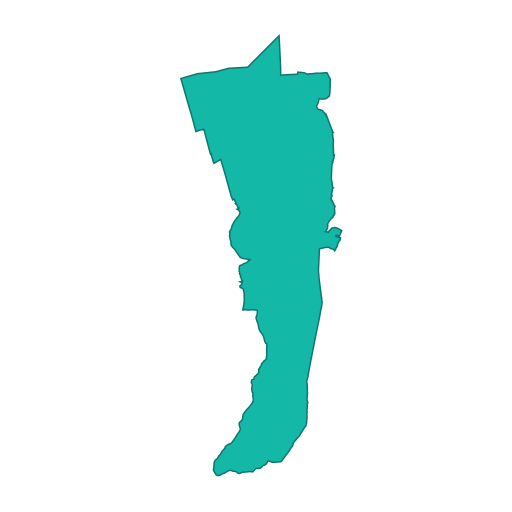 the district of Valea Seaca, Bacau, Romania, rotated 273°
{"feature_id": "2599482B95868275621614", "entity_name": "Valea Seaca", "entity_type": "district", "adm_level": 2, "iso_a3": "ROU", "parent_name": "Romania", "parent_adm1": "Bacau", "projection": "albers", "projection_center": [27.011, 46.251], "detail": "fine", "context": "isolated", "style": "filled", "palette": "teal", "viewbox_px": 512, "rotation_deg": 273, "n_neighbors": 0, "source": "geoboundaries", "source_scale": "gbopen_adm2", "svg_char_len": 6027}
<svg xmlns="http://www.w3.org/2000/svg" viewBox="0 0 512 512"><g transform="rotate(273 256 256)"><path d="M51.7,291.2L51.9,291.6L52.9,292.7L54.8,293.7L57.5,295.7L59.3,296.6L60.0,297.3L63.0,299.3L65.5,300.6L67.0,301.6L67.9,302.0L68.2,302.5L69.4,302.7L71.8,303.4L73.5,304.6L74.8,305.8L75.6,306.2L77.6,308.0L87.3,313.5L88.5,314.5L92.2,315.3L94.5,315.2L96.2,315.4L99.0,315.3L100.7,315.1L103.1,315.2L104.5,314.9L108.5,315.2L110.4,314.8L111.6,315.3L112.4,315.3L115.2,314.5L120.1,314.4L121.5,314.7L123.6,314.3L125.9,314.3L127.2,314.1L128.6,314.1L130.8,313.8L132.0,313.4L133.7,313.2L138.1,314.2L141.0,314.4L145.0,315.0L150.7,315.7L182.2,320.2L197.1,322.5L204.5,323.4L208.8,324.1L213.2,324.5L215.4,324.0L218.3,323.6L219.4,323.3L236.0,320.3L244.6,319.1L266.5,319.0L268.0,324.1L268.7,328.2L267.9,329.2L267.2,330.5L267.1,331.8L266.7,333.1L265.2,334.3L266.7,335.1L268.1,335.4L268.5,335.9L269.8,336.5L272.8,337.1L275.4,338.3L276.4,339.2L278.7,339.3L278.8,337.4L279.2,337.0L279.5,336.3L279.6,334.9L280.9,335.0L280.9,335.3L280.7,336.3L280.3,337.8L280.2,338.3L285.8,340.3L287.7,336.6L288.4,334.5L288.6,333.3L288.6,332.8L288.2,332.4L287.9,330.3L287.6,330.0L285.5,328.6L285.4,328.0L283.4,327.0L284.2,324.9L283.8,324.4L283.9,324.2L284.1,324.4L284.7,324.6L285.0,325.0L287.9,326.0L290.7,326.1L291.4,325.6L291.8,325.7L292.3,326.1L293.8,326.8L294.4,327.3L294.8,327.3L296.2,328.5L297.0,329.0L298.7,330.7L299.1,330.7L299.6,331.1L300.4,331.3L300.8,331.8L301.4,331.7L302.5,332.6L302.8,332.5L303.0,332.2L304.5,332.3L308.0,331.8L308.7,331.8L309.0,332.2L309.4,332.4L310.4,331.9L310.6,331.6L311.0,331.4L311.2,331.1L312.8,330.6L313.6,329.9L314.2,329.7L314.5,329.3L315.4,329.1L315.5,328.8L315.6,328.4L316.5,328.4L316.8,328.3L316.9,328.0L317.3,327.8L318.1,327.9L319.9,328.8L320.9,328.6L321.1,328.0L325.1,328.8L327.3,328.9L328.2,329.7L328.6,328.9L333.4,328.1L336.5,327.2L346.4,327.0L351.5,327.1L352.9,327.5L353.5,327.9L354.4,327.4L354.7,327.3L355.3,328.1L357.0,328.3L357.3,328.6L361.1,328.9L360.9,328.2L366.2,327.8L370.8,327.3L373.3,327.3L375.0,327.3L376.6,327.1L376.6,326.9L378.1,326.6L381.3,326.2L383.6,326.0L383.6,326.5L384.2,326.0L400.6,318.8L400.0,318.4L401.7,317.7L402.8,316.5L403.5,315.6L404.6,314.9L404.9,314.5L405.8,310.4L406.1,310.0L406.4,309.7L407.9,308.9L408.7,308.6L411.1,309.6L412.8,310.2L413.6,310.4L416.1,310.7L416.4,310.8L416.2,312.6L416.2,313.4L416.3,313.7L416.2,314.3L416.3,315.3L416.7,317.3L417.5,318.6L419.5,320.9L422.8,321.2L430.3,321.2L432.9,321.0L436.4,321.0L442.8,317.2L441.9,310.3L441.8,309.0L441.8,306.7L441.5,305.6L440.9,301.5L440.6,298.5L440.1,297.9L441.4,295.2L441.6,293.1L441.8,288.1L440.9,288.2L439.8,288.1L439.7,287.7L439.2,283.3L438.9,278.9L438.7,278.5L438.2,273.2L438.1,272.8L438.1,272.1L438.1,271.5L437.9,271.2L446.1,270.7L477.2,267.5L444.1,237.8L442.0,218.9L437.8,205.8L435.0,188.0L429.3,171.7L398.9,182.2L393.7,184.1L377.1,189.5L378.8,193.5L379.3,195.8L379.8,196.9L379.2,197.0L379.0,197.6L358.0,204.3L355.5,205.2L355.9,205.6L348.4,208.2L346.3,209.2L350.6,215.7L336.9,220.6L315.0,227.9L310.8,229.8L311.6,231.3L308.5,232.8L307.6,233.3L307.3,232.7L306.4,233.6L305.7,234.3L303.2,235.7L303.4,236.2L303.1,236.4L302.7,236.4L302.4,236.0L301.8,234.6L301.4,235.4L300.5,236.6L298.8,237.8L296.2,237.2L294.0,235.9L291.9,234.2L288.9,232.3L286.4,231.1L284.2,230.3L282.4,230.1L280.7,229.3L279.8,228.7L279.1,228.4L278.4,228.3L277.7,228.6L276.5,228.7L274.8,228.5L271.8,229.2L270.1,229.8L267.8,230.3L266.5,230.4L265.1,230.9L264.3,231.4L261.3,234.6L258.8,236.5L254.7,239.6L254.0,240.1L253.5,241.0L253.2,242.0L252.9,242.6L252.7,245.2L252.4,246.8L252.2,249.1L252.1,250.0L251.8,250.4L251.6,250.1L250.9,248.8L250.0,248.1L249.0,247.0L248.5,246.3L247.8,244.1L247.3,243.5L246.6,243.0L246.3,242.3L246.1,241.3L245.6,240.6L244.8,239.9L239.7,240.0L239.5,240.4L236.9,240.6L236.1,241.6L235.2,241.8L234.4,241.5L233.7,242.0L232.5,242.6L231.2,242.9L230.4,243.8L229.4,243.5L229.6,242.9L229.3,242.6L229.3,242.0L229.5,241.6L229.4,241.3L228.7,242.8L228.2,243.5L227.5,243.5L226.9,243.2L225.4,241.6L224.9,241.4L224.6,241.6L223.7,241.9L223.2,243.7L222.7,244.6L222.2,245.0L221.2,245.3L219.8,245.5L219.1,246.0L213.5,246.4L211.5,246.7L205.5,246.2L202.2,245.7L201.3,245.8L201.8,247.6L201.6,250.9L202.1,255.3L202.1,258.2L201.9,259.4L201.8,260.2L198.6,260.2L197.2,260.1L195.1,259.3L194.5,259.2L192.5,259.8L189.9,260.8L189.6,261.1L188.2,261.6L186.6,262.0L185.0,262.3L182.4,263.2L180.8,264.2L178.7,266.0L176.6,267.4L174.7,268.2L171.5,269.1L169.6,270.1L169.3,270.3L169.0,271.3L168.6,271.6L166.7,271.4L164.8,271.6L163.3,271.4L162.2,271.7L159.3,271.7L158.2,271.9L157.0,271.9L155.7,271.7L154.3,271.8L152.5,270.7L151.9,269.7L151.6,269.5L148.8,267.3L147.9,267.0L147.0,267.0L146.4,266.7L144.8,265.6L144.0,265.3L142.9,264.5L141.1,264.8L139.8,264.8L139.3,264.7L138.4,264.1L138.1,263.6L137.5,263.0L136.8,262.8L136.4,262.0L136.1,261.8L135.7,261.1L134.7,260.5L133.4,260.6L133.0,260.4L132.7,259.8L132.1,258.4L131.0,258.0L129.5,257.9L128.8,258.1L127.6,259.0L127.2,259.1L123.6,258.7L121.5,259.0L120.2,259.3L119.7,259.5L118.9,260.1L117.8,260.2L116.5,260.0L113.0,260.8L109.9,260.5L105.2,257.4L102.4,255.0L99.5,252.9L97.4,251.6L96.0,251.4L94.6,251.1L92.4,251.1L91.7,250.8L88.7,248.1L88.2,248.0L87.4,247.9L85.6,248.3L83.3,249.2L82.5,249.4L81.6,249.2L79.9,248.6L76.4,246.3L73.9,245.1L68.2,241.5L67.5,240.8L66.8,239.1L65.9,237.4L64.4,235.8L63.5,235.2L62.1,234.8L59.4,232.4L55.4,230.4L54.2,229.2L51.4,227.8L50.2,226.3L49.2,225.6L47.7,225.0L43.5,225.0L39.8,224.7L36.0,227.1L35.5,227.7L35.1,228.1L34.9,228.7L34.8,230.0L34.9,230.9L35.3,231.7L36.4,233.2L36.8,233.9L37.4,235.8L38.4,237.1L40.1,239.7L40.4,240.7L40.6,242.0L39.9,244.2L39.8,245.2L39.7,246.9L39.6,247.4L39.4,247.8L38.2,249.2L37.9,249.9L37.9,250.4L38.1,251.2L39.4,253.9L39.8,257.3L40.4,260.8L40.3,263.3L40.3,264.2L42.7,266.0L43.4,266.6L43.7,267.1L43.9,267.7L44.0,269.7L44.2,270.9L44.4,271.5L44.8,272.1L46.8,273.7L47.3,274.6L47.7,275.6L48.5,276.7L49.4,277.4L50.9,278.2L51.5,278.4L51.8,278.6L51.9,279.3L51.7,280.3L51.3,281.6L51.0,282.4L50.9,283.1L51.0,286.0L51.5,288.4L51.7,291.2Z" fill="#14b8a6" stroke="#0f766e" stroke-width="1.5"/></g></svg>